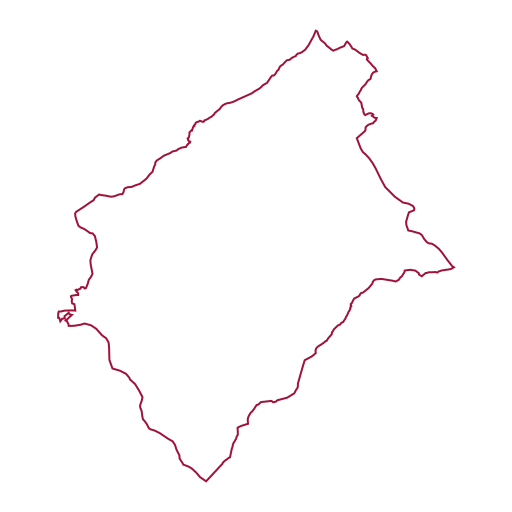 Moldova-Sulita, Suceava, Romania
{"feature_id": "2599482B4922642356545", "entity_name": "Moldova-Sulita", "entity_type": "district", "adm_level": 2, "iso_a3": "ROU", "parent_name": "Romania", "parent_adm1": "Suceava", "projection": "albers", "projection_center": [25.239, 47.682], "detail": "fine", "context": "isolated", "style": "outline", "palette": "rose", "viewbox_px": 512, "rotation_deg": 0, "n_neighbors": 0, "source": "geoboundaries", "source_scale": "gbopen_adm2", "svg_char_len": 5953}
<svg xmlns="http://www.w3.org/2000/svg" viewBox="0 0 512 512"><path d="M453.9,267.3L452.1,266.0L447.5,260.2L442.0,252.5L438.8,248.8L434.6,245.3L431.8,243.7L429.1,243.4L427.0,242.3L424.3,239.2L421.9,235.1L419.6,233.4L411.9,231.2L408.3,230.5L406.4,225.2L406.1,221.8L408.0,215.1L409.0,212.3L414.0,210.3L414.4,208.4L413.0,206.0L408.6,203.7L402.8,202.5L399.7,200.2L394.8,196.7L388.8,190.6L385.3,187.2L380.9,179.2L375.7,168.5L372.7,163.2L369.2,158.3L365.7,154.5L362.7,151.9L360.6,148.2L356.8,138.2L364.1,131.8L365.1,130.8L365.5,129.8L365.6,127.4L365.9,126.9L368.0,125.0L370.3,124.0L371.7,123.5L373.1,123.3L374.0,121.9L375.6,120.7L376.4,118.8L376.7,118.0L374.4,117.7L373.9,117.3L373.3,116.7L371.9,115.8L373.2,114.5L372.3,113.8L370.8,113.2L368.7,113.4L365.1,115.1L363.8,113.5L363.8,113.0L363.3,111.4L363.3,110.3L363.1,109.3L362.8,108.4L362.2,107.8L361.3,102.8L359.7,101.0L359.1,100.5L358.3,98.9L357.9,97.7L357.3,97.0L356.9,96.7L356.8,96.3L357.0,95.8L358.9,93.5L359.6,91.9L360.0,91.3L360.6,90.6L361.4,88.6L362.2,87.5L365.4,84.3L367.5,81.1L368.5,80.1L370.5,79.0L371.1,76.3L372.0,74.1L373.0,72.8L373.7,72.3L375.3,71.6L376.7,71.3L375.2,68.3L374.4,67.5L372.9,66.2L370.8,63.6L366.9,59.6L367.0,58.7L367.8,58.1L366.9,56.6L366.1,55.1L365.0,54.7L362.9,54.9L359.2,52.7L355.3,49.7L352.4,48.5L350.9,46.0L350.3,45.2L349.8,44.3L347.2,41.6L346.9,41.7L345.9,42.9L344.3,45.9L342.6,46.8L342.2,46.8L339.6,47.9L336.7,49.4L335.1,49.8L333.2,50.7L330.6,48.9L329.3,47.7L327.0,46.0L326.2,45.1L325.5,44.0L325.2,43.6L323.6,42.2L321.2,40.3L320.5,39.5L318.8,35.8L318.3,34.6L317.5,32.1L317.1,31.3L315.8,30.7L313.3,36.7L312.0,38.9L308.7,45.0L305.1,49.8L302.0,52.1L299.5,53.3L298.0,53.5L297.3,54.0L296.4,54.9L295.8,56.0L293.1,57.2L291.7,58.0L290.5,59.0L289.9,59.7L287.1,60.2L286.6,60.5L285.0,62.1L283.1,64.3L282.7,64.6L281.5,65.3L280.3,66.3L279.5,67.3L279.1,68.5L278.5,69.7L276.9,71.2L275.8,73.3L274.4,75.1L273.9,75.4L273.1,75.6L272.4,75.5L271.7,76.0L269.2,79.6L267.1,82.8L262.8,85.3L261.1,87.1L259.3,88.6L254.8,91.2L251.8,93.3L236.7,100.1L234.5,101.3L230.9,102.6L227.0,103.3L225.1,104.0L222.7,105.4L221.3,106.8L220.6,107.6L220.1,108.7L216.6,111.5L214.6,113.2L214.1,114.4L213.4,115.1L212.6,115.5L212.1,116.2L211.3,116.8L209.7,117.6L207.9,118.9L206.7,119.5L204.5,120.4L203.8,121.6L202.9,121.9L201.4,121.3L199.8,120.8L199.4,121.2L198.5,121.6L196.9,122.1L196.1,122.5L195.5,123.2L195.3,124.2L194.3,125.1L194.3,126.1L193.8,126.0L193.0,127.3L192.5,129.0L192.2,129.7L192.1,130.5L191.3,130.4L190.9,131.0L189.6,132.2L189.4,132.9L189.5,134.2L189.4,134.8L189.1,136.2L189.0,137.0L188.8,137.4L188.2,137.9L188.2,138.8L187.8,138.8L188.2,140.1L188.6,140.9L189.5,141.4L190.3,141.7L190.3,141.9L189.8,142.8L188.9,143.1L188.4,143.7L187.9,144.0L187.9,144.3L187.5,144.5L186.1,146.6L186.0,146.9L181.6,147.6L178.1,149.2L177.0,150.2L176.3,150.6L173.9,151.2L172.9,151.3L171.8,151.9L170.4,153.0L163.8,155.7L160.0,158.5L157.2,160.2L156.0,161.4L155.3,162.7L155.2,164.5L154.1,166.6L152.5,171.8L149.6,174.5L146.5,178.6L143.3,181.2L139.8,183.9L135.2,185.4L131.4,187.0L129.7,187.1L128.1,187.1L125.2,188.1L124.2,189.3L123.9,190.2L123.6,191.8L122.9,193.3L122.4,194.1L119.6,194.3L113.8,196.4L110.7,196.7L106.0,195.7L101.5,195.1L99.1,194.5L95.0,197.6L93.6,200.2L90.4,202.2L83.9,206.8L76.2,211.8L75.1,213.5L75.5,217.0L77.1,222.2L78.5,225.9L80.8,227.5L84.1,228.9L87.4,231.1L89.9,233.0L92.6,233.4L94.9,236.1L96.4,242.4L96.9,246.2L97.0,247.6L95.5,250.2L92.4,254.1L91.3,257.1L90.4,260.3L90.6,264.0L92.5,273.8L90.9,277.0L88.8,279.8L87.7,283.9L86.0,288.0L84.7,288.5L83.6,287.2L82.0,287.1L80.9,287.3L80.4,288.7L78.9,289.2L77.7,290.0L76.4,289.6L75.6,290.1L76.6,291.6L78.2,293.4L78.2,295.0L75.4,295.1L71.2,295.9L70.9,296.8L72.1,299.2L71.7,301.2L72.2,303.4L74.4,304.2L75.3,310.6L72.0,310.4L64.6,310.6L61.0,311.5L58.7,311.6L58.2,313.5L58.1,317.8L59.3,318.0L60.3,321.3L62.3,318.6L64.8,318.5L64.5,316.2L68.7,312.8L69.6,314.3L71.9,314.9L65.7,320.6L67.0,321.1L67.5,322.5L68.4,323.9L68.7,325.9L74.1,325.8L80.9,324.7L84.5,323.5L91.0,325.3L96.3,328.8L101.9,335.2L106.2,338.3L108.6,342.5L109.1,347.8L109.4,359.9L111.9,366.9L112.5,368.5L119.9,370.7L126.0,373.8L129.3,377.7L130.0,379.5L135.1,384.1L139.1,390.6L142.5,397.1L141.6,401.1L140.1,405.2L140.2,407.5L141.7,411.3L142.2,415.5L142.9,419.2L144.9,421.4L147.1,424.6L149.0,428.4L150.5,429.3L154.2,430.4L159.6,433.0L168.0,438.7L172.6,441.3L175.0,444.9L176.3,449.1L178.1,452.9L179.4,455.3L179.6,458.5L182.5,463.0L183.3,464.6L188.6,466.6L191.9,468.6L196.4,472.8L200.0,477.1L206.1,481.3L222.5,463.7L222.8,462.7L223.9,461.6L224.9,460.7L226.6,459.5L228.7,457.9L230.0,457.3L231.8,448.7L232.6,446.6L232.8,444.9L233.6,442.8L235.0,440.7L235.2,440.1L235.7,439.5L236.4,437.9L236.6,436.7L237.8,434.7L237.8,430.8L237.5,428.2L237.6,427.7L240.9,426.0L248.0,423.8L247.7,419.2L248.5,416.5L250.5,413.0L252.2,411.4L254.4,408.5L255.5,406.6L256.8,404.9L258.3,404.6L260.9,402.1L271.4,400.9L273.2,402.3L276.0,401.6L277.2,400.3L287.1,397.7L294.3,393.3L296.0,390.0L297.6,387.7L297.9,385.8L297.9,383.6L302.3,368.1L304.7,360.2L311.5,356.6L313.7,354.9L315.2,353.5L315.7,353.2L315.7,352.2L315.5,350.7L316.1,348.6L316.6,347.9L317.5,346.9L319.5,345.5L321.1,344.6L324.2,342.4L325.6,341.1L326.8,340.7L327.2,339.8L328.3,338.2L331.8,334.1L331.9,332.6L333.1,330.9L333.8,329.4L338.0,325.4L340.0,324.6L341.4,322.8L343.2,322.0L343.8,320.9L345.6,318.3L345.9,317.0L347.0,315.5L347.7,313.9L348.8,311.3L349.3,310.9L350.4,308.7L350.1,308.4L350.4,307.5L350.5,307.2L351.3,306.1L350.8,305.7L351.0,305.4L350.7,304.1L352.1,302.7L352.9,300.7L354.2,298.5L358.1,296.6L359.3,295.7L359.6,295.4L360.1,294.2L361.0,293.1L361.8,292.8L362.5,292.8L363.8,291.9L368.6,288.1L372.3,283.6L372.8,281.9L374.1,280.2L375.8,279.4L381.4,278.9L392.6,280.7L395.7,281.5L398.9,279.7L400.0,277.8L401.9,276.2L404.4,272.2L404.7,270.6L406.2,270.3L410.2,269.8L415.3,270.6L418.8,273.2L419.0,274.5L421.8,276.3L425.5,273.1L427.3,272.9L428.4,272.3L433.4,272.2L435.4,272.0L437.1,272.6L438.7,271.5L441.6,270.5L450.7,269.1L453.9,267.3Z" fill="none" stroke="#9f1239" stroke-width="2"/></svg>